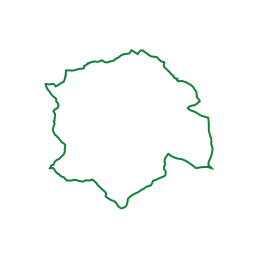 Merghindeal, Sibiu, Romania, rotated 19°
{"feature_id": "2599482B74262616140775", "entity_name": "Merghindeal", "entity_type": "district", "adm_level": 2, "iso_a3": "ROU", "parent_name": "Romania", "parent_adm1": "Sibiu", "projection": "robinson", "projection_center": [24.738, 45.982], "detail": "fine", "context": "isolated", "style": "outline", "palette": "green", "viewbox_px": 256, "rotation_deg": 19, "n_neighbors": 0, "source": "geoboundaries", "source_scale": "gbopen_adm2", "svg_char_len": 5677}
<svg xmlns="http://www.w3.org/2000/svg" viewBox="0 0 256 256"><g transform="rotate(19 128 128)"><path d="M87.2,197.6L87.6,197.4L89.6,196.8L91.7,196.0L92.5,195.6L93.4,194.9L95.5,194.2L96.4,194.0L98.7,194.1L99.9,193.8L102.0,193.6L102.7,193.5L103.3,193.0L104.4,191.8L105.2,191.2L106.1,190.8L106.9,190.7L107.5,190.7L107.8,190.6L108.6,190.0L110.2,189.3L110.4,189.0L110.5,188.5L111.0,188.2L111.9,188.7L114.1,189.4L114.8,189.8L116.5,190.6L117.4,191.5L118.8,192.3L121.6,193.5L122.7,194.2L123.5,194.3L126.6,195.6L128.0,196.4L128.3,196.7L128.7,197.5L129.1,199.1L129.1,199.8L129.7,200.2L130.5,200.5L133.3,201.2L133.9,201.3L134.5,201.6L135.2,201.5L136.1,201.7L137.4,201.6L138.4,201.7L141.0,202.5L141.4,202.9L142.8,204.0L143.6,204.7L145.1,205.5L146.1,205.9L147.5,206.1L148.4,206.0L148.8,205.7L151.0,203.5L151.5,202.9L151.8,202.2L151.6,198.4L151.5,197.2L151.2,196.0L151.0,194.9L151.1,194.5L151.6,193.5L152.5,192.2L152.9,191.5L154.4,189.4L158.9,184.9L159.1,184.5L160.5,182.6L160.7,182.3L161.0,181.9L162.5,180.4L163.0,180.0L163.8,178.5L165.0,177.3L165.5,176.6L166.1,176.3L166.9,176.2L167.3,175.3L167.7,175.1L168.2,174.9L168.4,174.7L168.7,173.0L168.8,170.3L168.9,169.7L169.5,169.5L170.0,168.9L170.9,168.2L171.9,167.2L173.9,165.3L175.4,164.0L177.2,162.4L177.8,162.0L178.6,160.7L178.5,159.5L178.0,157.0L177.8,156.7L176.6,155.8L175.9,155.5L175.2,154.6L175.1,154.1L174.7,153.0L174.8,152.1L175.0,151.2L175.0,150.4L174.9,149.9L174.7,149.3L173.6,148.4L173.5,148.2L173.3,146.5L173.0,145.4L173.0,144.6L173.5,142.5L174.2,140.4L174.4,139.3L174.6,139.3L175.4,139.6L178.5,140.5L180.6,140.7L184.7,140.8L187.0,140.3L189.1,140.0L190.5,140.0L193.2,140.3L194.6,140.5L200.1,142.0L201.9,142.6L204.4,143.6L205.1,143.6L205.9,143.5L209.5,141.5L214.4,139.4L216.7,138.8L217.2,138.8L217.8,138.9L220.2,138.7L219.7,138.4L218.6,138.0L216.8,137.5L216.5,137.0L216.3,136.8L215.9,136.6L215.7,135.2L215.3,133.6L215.4,132.2L215.7,129.9L215.8,126.5L215.6,124.9L215.4,123.0L214.7,120.2L214.3,119.3L213.2,117.9L213.0,117.4L212.4,116.7L212.0,116.3L211.3,113.8L210.3,111.4L210.1,110.7L209.9,110.4L208.7,109.4L205.2,104.0L202.9,97.3L200.5,92.1L194.7,92.5L193.3,92.5L191.7,92.3L189.0,91.5L187.7,91.3L186.9,91.1L180.6,90.8L178.9,90.1L178.1,89.9L178.2,89.1L178.5,88.4L179.0,87.6L181.3,86.0L181.7,85.6L182.0,85.6L182.3,85.4L182.8,85.3L183.1,85.2L183.4,85.0L183.6,84.7L183.7,84.4L184.1,83.8L185.4,82.5L185.6,82.0L185.9,81.5L186.1,80.9L186.3,80.6L187.0,80.0L187.2,79.6L187.2,79.4L185.9,78.1L184.3,77.3L184.0,76.9L183.9,76.7L183.1,76.5L183.0,76.4L182.4,74.5L182.0,74.0L181.8,73.5L181.6,73.2L180.9,71.7L180.2,70.9L178.4,69.8L176.0,67.9L174.2,67.2L172.1,66.5L169.4,66.2L168.6,66.0L167.9,65.7L166.8,65.9L164.8,65.9L164.0,66.0L162.7,66.4L161.5,66.9L160.7,67.4L160.4,67.4L158.7,66.8L158.5,66.6L158.8,66.0L158.8,65.8L158.8,65.7L158.3,65.7L158.1,65.4L157.4,65.8L156.9,65.7L156.5,65.5L155.7,65.5L155.4,65.4L155.4,65.2L155.0,64.9L154.2,64.4L154.2,64.1L153.3,64.0L152.9,63.7L152.7,63.4L152.2,63.2L151.4,63.0L150.8,62.8L150.3,62.5L149.9,62.0L149.4,61.8L148.7,61.3L147.9,61.2L147.3,60.7L145.8,60.1L144.8,59.7L142.9,58.8L141.7,57.8L141.4,57.0L141.5,56.6L141.4,55.9L141.2,55.7L141.0,55.1L141.1,54.6L141.1,54.2L140.7,53.9L138.4,54.3L137.9,54.3L136.1,53.6L133.6,52.4L132.4,51.7L131.2,51.6L129.6,52.3L128.7,52.4L128.3,52.3L126.8,52.7L125.9,52.7L125.3,52.5L124.0,52.3L123.2,52.0L122.4,51.4L120.9,51.2L118.1,50.4L117.4,50.3L116.9,49.9L116.5,50.0L115.7,50.0L114.9,50.5L114.3,51.4L113.3,53.7L113.1,54.2L112.9,54.5L113.0,54.9L108.5,54.0L106.3,53.2L106.0,53.3L105.8,53.7L105.9,54.3L105.5,54.9L105.4,56.1L105.1,56.9L104.7,57.3L103.8,57.7L103.4,58.0L102.6,58.3L101.9,58.7L101.2,59.0L100.3,59.5L99.9,59.6L99.6,59.8L99.2,60.4L98.7,60.8L97.9,61.5L96.8,63.1L96.3,64.2L95.8,64.6L95.3,65.3L94.7,65.6L94.5,66.0L94.4,66.4L93.9,66.7L93.4,67.3L93.1,67.7L92.7,68.7L91.7,69.5L90.4,70.5L89.9,70.7L89.5,70.8L88.6,71.3L88.3,72.0L88.1,72.2L87.1,72.7L84.9,73.3L84.6,73.1L83.7,73.1L82.8,73.0L81.8,72.4L81.6,72.4L80.3,73.2L79.7,73.9L79.2,74.3L78.9,74.6L78.1,75.2L77.4,75.5L74.6,75.9L73.8,76.7L72.7,77.0L72.6,77.3L71.8,77.6L71.5,78.0L71.0,78.2L70.9,78.5L70.2,79.3L69.1,79.5L69.0,80.0L69.1,80.4L68.8,80.5L68.5,80.7L68.5,80.8L68.6,81.0L68.5,81.3L67.7,82.3L67.3,82.6L67.0,83.0L66.4,83.4L66.2,83.8L66.8,84.3L66.9,85.5L66.1,86.5L64.4,87.1L61.8,88.5L61.2,89.0L60.5,89.4L58.5,90.9L57.3,91.5L56.1,92.0L54.7,92.3L50.6,93.7L51.2,96.0L52.0,98.5L52.0,98.8L52.2,99.3L52.2,99.5L51.9,99.5L52.1,100.1L52.3,103.3L52.2,103.8L52.3,104.7L52.2,105.2L51.9,105.6L50.6,106.7L49.3,108.4L47.8,110.5L46.1,112.2L44.0,110.8L43.1,110.8L41.8,111.1L41.1,111.6L40.2,112.0L40.0,112.3L38.6,112.6L37.7,112.7L35.8,113.2L36.7,114.9L37.1,115.3L37.7,115.8L38.5,116.8L39.8,117.9L41.4,118.7L42.9,120.0L46.1,122.1L50.2,123.6L50.6,124.0L50.9,124.5L51.1,125.3L51.7,126.4L52.2,126.7L52.7,126.8L53.5,127.4L53.8,127.7L55.0,129.3L55.1,129.7L54.9,130.8L54.8,131.6L54.9,131.9L54.5,132.6L53.5,133.6L53.1,133.8L53.1,134.1L52.5,134.9L52.1,135.6L52.0,136.1L52.0,136.4L52.7,136.9L54.4,138.5L55.0,139.9L55.4,141.9L55.4,142.9L55.8,143.9L56.1,144.4L56.2,144.8L55.6,145.6L55.7,145.8L56.1,146.6L56.4,146.9L57.0,147.3L57.2,148.4L57.2,150.6L57.3,153.9L57.9,154.9L60.3,157.4L61.5,158.3L62.3,158.5L64.1,159.5L65.3,159.9L67.8,161.6L70.1,162.9L72.8,163.7L73.8,164.2L74.1,164.4L74.4,165.1L74.7,166.2L75.1,168.9L75.9,170.8L76.0,173.1L74.7,176.2L73.3,178.9L72.7,179.9L71.6,181.0L70.9,181.6L70.5,182.2L69.9,183.4L69.6,184.6L69.5,186.9L69.1,187.4L68.1,187.9L67.8,188.1L67.6,188.9L67.5,190.0L67.2,191.5L68.1,191.3L69.0,190.6L69.8,190.3L70.5,190.4L71.8,191.1L72.6,191.9L73.9,192.8L75.7,193.8L76.1,194.1L76.4,194.2L76.9,194.0L77.6,194.0L78.9,194.9L81.1,195.6L81.7,195.7L82.7,195.5L83.4,195.5L87.2,197.6Z" fill="none" stroke="#15803d" stroke-width="2"/></g></svg>